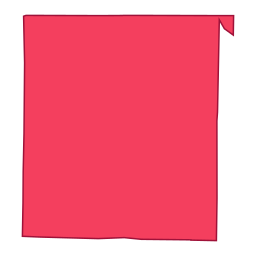 the district of Boone, Arkansas, United States of America
{"feature_id": "52423323B14663422134470", "entity_name": "Boone", "entity_type": "district", "adm_level": 2, "iso_a3": "USA", "parent_name": "United States of America", "parent_adm1": "Arkansas", "projection": "natural_earth1", "projection_center": [-93.068, 36.306], "detail": "fine", "context": "isolated", "style": "filled", "palette": "rose", "viewbox_px": 256, "rotation_deg": 0, "n_neighbors": 0, "source": "geoboundaries", "source_scale": "gbopen_adm2", "svg_char_len": 466}
<svg xmlns="http://www.w3.org/2000/svg" viewBox="0 0 256 256"><path d="M216.4,240.6L217.0,198.3L216.9,120.8L217.5,112.2L219.3,19.8L224.4,28.7L233.3,35.1L233.6,15.6L214.7,15.6L132.3,15.4L131.8,15.4L123.3,15.4L122.6,15.5L105.1,15.6L93.3,15.6L27.3,15.4L26.0,15.4L23.6,16.2L24.6,62.9L24.0,133.7L23.2,171.3L23.0,202.8L22.4,236.3L39.3,237.0L98.3,238.6L124.2,237.6L141.3,239.3L190.9,239.8L190.9,240.1L216.4,240.6Z" fill="#f43f5e" stroke="#9f1239" stroke-width="1.5"/></svg>